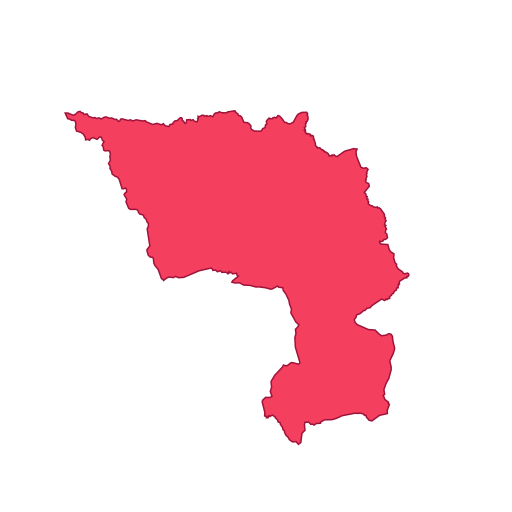 Khiri Rat Nikhom, Surat Thani, Thailand, rotated 343°
{"feature_id": "78962969B17621560211426", "entity_name": "Khiri Rat Nikhom", "entity_type": "district", "adm_level": 2, "iso_a3": "THA", "parent_name": "Thailand", "parent_adm1": "Surat Thani", "projection": "mercator", "projection_center": [98.979, 8.995], "detail": "fine", "context": "isolated", "style": "filled", "palette": "rose", "viewbox_px": 512, "rotation_deg": 343, "n_neighbors": 0, "source": "geoboundaries", "source_scale": "gbopen_adm2", "svg_char_len": 6119}
<svg xmlns="http://www.w3.org/2000/svg" viewBox="0 0 512 512"><g transform="rotate(343 256 256)"><path d="M250.3,368.3L249.2,369.7L239.1,375.5L233.7,380.4L232.5,386.2L230.1,389.6L230.2,395.1L227.6,395.3L223.9,394.0L220.1,395.9L219.3,397.2L218.7,408.3L217.5,411.5L218.7,412.2L218.8,413.1L219.5,412.6L220.1,413.5L219.3,413.9L220.2,414.2L221.4,412.6L222.2,412.7L222.5,413.6L224.9,412.8L227.4,415.5L227.1,416.2L228.6,418.9L228.6,421.2L230.3,422.3L230.1,424.1L231.3,428.0L231.0,429.9L232.0,431.4L231.8,433.6L232.4,436.8L233.4,437.8L234.3,441.5L236.5,444.4L240.1,445.3L241.5,448.5L244.3,447.5L248.1,439.0L251.9,437.0L252.9,431.9L254.0,429.4L257.8,430.2L259.2,433.0L261.0,433.4L262.1,434.7L264.6,433.8L268.7,434.8L269.4,433.7L273.7,432.7L280.6,434.7L285.1,434.8L291.7,433.9L304.9,435.3L308.2,436.6L309.2,436.4L312.1,438.2L313.4,440.3L314.6,440.5L314.5,442.5L316.2,446.2L318.6,447.6L327.6,444.5L335.6,445.1L336.3,442.1L340.2,436.9L339.3,435.7L340.0,434.6L337.4,431.0L336.9,426.5L338.6,425.9L339.2,421.3L342.7,416.4L347.2,411.9L352.0,404.3L352.8,401.6L353.3,395.3L358.9,389.2L361.6,385.0L362.1,376.9L363.0,372.7L362.3,370.4L361.0,369.4L359.1,369.2L357.8,369.8L352.8,369.0L350.8,366.5L348.2,361.6L342.0,359.2L332.7,351.2L331.3,348.1L331.4,345.5L333.7,343.9L335.1,341.6L338.6,341.6L343.1,339.6L344.1,340.0L346.7,338.5L350.0,338.8L352.7,337.2L362.8,334.1L363.8,334.0L365.8,336.1L367.5,335.8L367.9,335.2L368.9,336.0L370.2,335.3L371.4,335.7L372.0,333.8L374.0,333.2L375.3,331.8L376.3,332.0L378.2,330.1L380.3,329.6L381.1,327.8L382.7,327.9L382.6,327.1L384.1,325.4L383.8,325.0L385.1,324.6L385.0,323.4L386.3,322.0L391.6,320.6L394.0,320.9L394.3,319.8L395.7,319.9L396.7,318.7L396.7,317.6L396.0,316.7L392.8,316.4L391.8,315.4L391.3,313.8L388.3,310.0L387.3,306.9L388.1,305.0L387.0,303.2L387.1,297.9L388.6,294.3L386.2,291.5L385.3,289.2L385.4,283.6L378.9,281.1L378.2,279.6L378.6,278.0L379.8,278.8L381.7,278.8L383.2,277.6L384.8,278.0L387.1,277.0L387.5,273.3L386.5,271.4L387.9,268.7L388.7,268.4L388.1,265.3L389.1,264.7L388.1,263.5L389.6,261.1L390.7,260.4L390.2,258.8L391.0,257.5L390.3,255.6L390.9,254.4L390.8,253.0L388.8,247.1L387.9,246.0L386.3,245.5L386.4,244.6L384.9,244.6L382.6,243.3L381.9,242.1L379.8,240.8L378.6,238.9L379.6,237.1L379.0,236.2L379.7,234.4L378.9,234.1L378.9,233.0L379.7,231.7L378.8,231.4L379.2,228.8L378.1,226.9L384.8,222.4L384.9,219.6L382.9,218.0L382.6,216.1L383.6,215.4L383.5,214.7L385.4,212.2L385.3,210.6L386.3,209.5L386.2,208.4L388.5,205.9L387.2,203.8L384.6,203.6L382.3,201.8L381.3,190.2L382.1,185.4L383.9,183.3L380.9,181.9L371.4,181.7L362.5,184.6L361.1,183.6L360.3,182.1L358.6,182.3L358.3,181.6L357.3,182.4L355.0,181.3L355.3,180.8L354.6,178.6L353.1,176.9L352.0,176.6L352.0,175.5L350.9,174.7L350.9,173.9L349.9,173.6L348.7,171.2L346.2,170.6L346.4,169.9L345.2,167.8L345.7,165.7L345.6,161.1L345.2,161.0L345.8,159.3L345.6,157.5L344.0,157.0L343.8,156.3L343.4,156.8L343.2,155.5L342.1,154.3L340.9,154.4L340.5,153.7L339.8,153.8L339.8,152.2L339.2,151.8L340.0,150.4L339.1,149.9L340.0,149.3L339.8,147.4L341.3,146.9L342.1,143.9L343.0,143.6L343.0,142.4L344.5,142.0L345.7,140.6L346.5,137.4L346.0,136.3L347.0,135.1L346.5,133.4L341.9,132.1L338.3,132.5L336.3,133.6L330.8,138.9L327.4,139.6L325.2,138.8L324.0,137.1L322.4,136.6L321.1,132.4L319.5,129.2L318.1,128.1L315.6,129.8L314.2,128.8L312.5,128.8L311.5,129.5L309.3,128.8L309.4,128.2L308.5,128.0L305.3,130.1L304.9,132.9L303.5,133.3L302.2,135.9L299.6,136.1L297.9,137.9L295.9,137.7L291.0,136.0L288.7,133.7L288.4,132.1L289.2,130.2L288.5,128.2L287.0,126.1L283.5,124.6L282.9,118.9L281.8,117.2L280.4,116.6L280.1,114.4L278.5,112.9L278.7,111.5L278.0,110.9L270.8,109.9L270.0,110.4L268.5,110.1L265.2,109.0L262.9,107.3L261.1,107.9L259.4,107.4L257.9,107.8L255.4,110.1L253.2,108.4L251.9,108.6L250.3,108.2L250.1,107.4L247.8,107.3L247.3,106.3L245.6,105.6L242.9,106.2L241.4,105.5L241.4,106.7L240.3,107.4L240.6,108.3L238.9,110.5L236.2,108.9L235.8,107.3L233.3,107.3L233.0,106.3L229.6,105.5L228.2,108.2L227.1,108.5L226.5,108.1L226.3,106.1L225.1,104.7L225.6,103.0L225.2,102.0L224.0,101.6L220.2,103.5L217.9,103.1L215.7,104.3L215.2,105.4L212.2,105.1L210.6,106.7L207.4,105.1L206.0,102.3L204.0,103.0L200.1,100.2L195.7,100.0L190.5,95.8L189.5,94.1L187.2,93.8L181.2,90.7L177.6,90.9L175.9,89.1L173.3,89.0L167.7,85.5L166.4,85.6L165.3,87.0L163.8,87.1L162.6,84.5L160.9,84.1L158.4,81.8L156.2,81.4L153.4,79.2L151.5,78.9L148.0,79.7L146.3,78.0L143.8,77.9L142.3,76.4L140.6,76.3L136.9,73.7L135.9,70.6L133.0,70.5L132.7,68.9L130.8,67.7L130.0,66.2L127.5,66.2L125.3,67.5L122.5,68.1L117.8,64.2L115.3,63.5L116.1,69.7L118.2,70.8L119.0,72.1L121.9,73.3L122.6,74.3L122.4,77.3L120.8,80.3L120.9,84.1L124.6,86.5L126.4,88.8L127.4,92.4L127.0,95.1L129.4,95.4L130.7,96.7L131.8,95.5L134.7,95.1L138.1,98.0L141.6,96.3L142.8,97.3L143.0,100.7L144.1,102.1L141.1,105.2L141.9,106.6L141.3,110.1L142.3,111.3L145.8,112.1L146.6,113.4L146.6,116.0L145.3,118.1L144.7,121.9L142.0,124.5L142.8,127.7L141.9,129.7L142.7,132.3L142.4,135.6L144.7,138.7L146.3,139.7L147.6,142.4L147.6,152.5L148.7,153.0L151.3,152.9L151.6,153.8L151.1,156.8L148.6,157.8L147.8,158.8L149.0,164.0L147.5,166.2L148.2,173.2L149.5,174.7L154.8,176.3L156.3,177.6L156.4,180.2L157.3,182.1L159.6,183.4L160.3,184.5L160.3,186.4L161.7,188.7L161.8,191.7L162.6,193.4L161.8,196.0L159.9,198.2L157.4,215.3L153.6,218.0L153.2,219.8L153.2,223.7L154.5,226.1L156.2,226.7L157.2,228.0L156.2,232.9L156.6,235.8L158.5,240.1L159.0,250.1L160.1,251.0L160.4,252.4L164.6,250.8L167.1,250.8L170.6,252.5L173.1,252.0L175.6,254.1L180.6,255.3L197.4,253.5L209.5,254.4L210.5,255.9L210.5,257.1L213.2,257.6L214.5,259.8L217.8,259.7L218.5,261.6L222.9,262.9L223.9,264.8L225.6,263.2L225.6,264.4L227.6,264.3L228.3,266.2L232.5,266.9L232.2,268.7L233.3,270.1L226.3,272.9L225.3,274.0L227.9,275.6L232.5,276.9L235.7,280.2L241.8,282.4L247.0,285.7L249.3,286.2L256.1,289.3L260.3,292.0L262.3,292.2L267.8,291.0L268.6,292.5L272.3,294.2L272.0,297.1L273.5,301.1L274.5,308.2L274.0,311.7L274.4,317.1L272.7,320.7L274.9,331.0L276.9,334.2L275.3,336.0L272.3,337.6L271.5,341.9L269.3,345.4L267.0,354.7L266.9,370.4L266.2,371.5L265.0,371.8L259.3,368.4L257.8,368.4L254.1,369.9L252.3,369.6L250.3,368.3Z" fill="#f43f5e" stroke="#9f1239" stroke-width="1.5"/></g></svg>